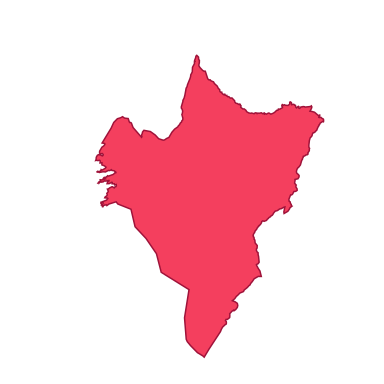 the district of Kwahu Afram Plains South, Eastern, Ghana, rotated 31°
{"feature_id": "2480657B87039075961323", "entity_name": "Kwahu Afram Plains South", "entity_type": "district", "adm_level": 2, "iso_a3": "GHA", "parent_name": "Ghana", "parent_adm1": "Eastern", "projection": "equal_earth", "projection_center": [-0.455, 6.878], "detail": "fine", "context": "isolated", "style": "filled", "palette": "rose", "viewbox_px": 384, "rotation_deg": 31, "n_neighbors": 0, "source": "geoboundaries", "source_scale": "gbopen_adm2", "svg_char_len": 5969}
<svg xmlns="http://www.w3.org/2000/svg" viewBox="0 0 384 384"><g transform="rotate(31 192 192)"><path d="M244.6,60.9L243.1,61.6L242.6,62.3L241.6,62.9L241.4,64.3L241.0,65.0L240.1,65.0L239.6,64.2L239.6,63.8L239.0,63.8L238.2,66.1L237.4,65.9L236.0,64.4L235.2,64.8L234.5,64.4L233.9,64.5L232.5,65.8L231.3,64.3L230.1,64.0L229.5,64.7L230.5,66.3L229.8,68.3L227.5,69.5L226.3,69.6L225.7,70.6L224.5,70.4L224.3,70.6L224.6,72.0L225.6,72.4L226.1,73.1L224.6,75.8L223.3,76.4L223.5,77.7L222.5,78.4L221.9,80.8L221.2,82.4L219.7,84.4L219.4,84.7L217.7,84.6L216.8,85.0L215.6,87.0L214.1,87.1L214.0,88.0L213.6,88.0L213.1,87.2L212.1,88.5L210.6,88.4L209.3,89.7L207.3,90.8L207.3,91.3L206.4,91.1L205.4,91.6L204.9,92.9L202.4,93.6L202.0,94.2L199.9,95.0L197.4,95.0L196.2,94.2L193.9,93.9L192.9,94.6L190.1,94.3L189.7,92.9L188.8,92.8L188.3,92.0L187.5,92.1L187.2,92.7L186.6,93.0L185.7,92.7L183.8,93.3L182.3,92.8L181.5,91.8L177.8,90.8L176.5,91.8L174.4,91.3L173.6,91.9L172.7,91.8L172.1,91.3L171.9,91.6L170.6,91.9L170.0,91.4L169.6,92.0L169.3,91.6L168.6,92.2L167.9,92.2L166.8,91.9L166.1,91.1L165.1,91.7L164.1,91.4L162.9,89.9L161.3,89.7L159.0,88.2L155.4,87.5L153.7,86.5L151.2,86.9L149.7,86.5L149.0,87.1L147.9,87.1L146.9,86.6L141.4,81.8L140.9,81.6L140.2,82.3L138.5,82.3L135.0,81.3L133.4,80.6L132.5,79.8L131.7,77.4L130.5,75.3L129.4,74.9L128.1,73.0L125.7,72.4L125.4,73.5L126.0,75.2L126.5,78.0L127.3,78.5L126.9,78.9L128.0,80.8L128.2,84.8L130.4,89.0L130.6,92.3L131.2,93.4L131.8,95.5L132.9,102.5L133.5,104.2L133.5,106.0L136.0,112.6L136.9,115.7L137.0,118.1L137.5,118.9L139.0,124.6L139.8,125.7L140.8,126.1L142.3,127.4L143.2,129.5L143.4,130.8L146.2,133.5L146.9,135.0L146.6,136.5L147.0,137.5L146.5,138.8L146.6,140.9L146.2,142.3L146.3,143.4L144.7,147.1L144.0,151.2L144.1,157.1L142.6,159.3L141.7,161.4L140.7,162.4L136.0,163.5L131.2,162.1L125.2,161.6L119.0,163.9L118.7,166.1L119.2,167.4L119.4,168.9L120.1,170.2L120.6,170.4L120.6,171.1L108.3,167.1L104.5,164.1L103.6,164.0L102.8,164.5L102.0,164.1L99.5,161.9L96.1,163.4L93.7,163.2L92.6,165.1L90.3,167.6L89.1,172.7L89.8,179.0L89.7,196.3L92.2,195.4L92.8,196.2L92.6,198.0L91.7,200.0L91.8,204.6L92.7,206.3L93.7,206.6L95.2,205.2L96.6,205.6L96.9,206.5L96.7,207.1L96.1,207.3L94.5,207.4L92.6,208.2L92.0,209.3L92.0,211.0L92.2,211.9L93.0,213.4L93.2,214.6L93.8,214.0L95.1,213.6L96.5,212.4L97.4,212.7L98.2,214.5L99.7,213.3L100.8,215.2L103.5,214.7L105.5,215.0L105.5,216.2L103.9,219.1L103.3,219.7L102.6,219.6L102.8,220.4L102.5,221.7L101.0,222.8L100.5,222.8L100.2,223.7L100.4,223.8L102.0,222.9L102.5,223.0L105.3,220.5L107.5,219.4L109.2,216.6L110.5,216.0L111.4,214.4L112.2,214.8L114.3,213.9L115.1,214.0L115.8,214.5L116.2,214.1L116.7,214.4L116.8,214.7L116.0,215.5L115.5,217.4L112.2,221.4L111.3,221.5L111.3,222.6L110.7,222.9L110.7,223.8L110.4,224.3L109.6,224.4L109.2,224.8L109.0,225.9L110.8,225.6L108.6,228.0L107.0,228.8L107.7,229.7L107.5,230.6L106.9,231.6L106.9,232.5L107.3,232.1L107.7,232.4L107.8,231.5L108.6,230.1L109.1,230.3L110.6,229.1L111.4,227.4L112.5,227.1L114.8,224.8L115.0,224.9L115.1,225.5L114.4,226.3L114.9,228.6L116.6,227.6L118.3,224.9L118.7,224.9L119.3,226.1L121.2,225.0L122.0,225.8L123.2,224.6L123.8,225.4L124.1,226.4L123.2,227.5L123.3,228.4L122.6,228.6L121.3,228.4L120.6,228.8L119.3,230.9L118.7,232.5L118.0,233.1L119.8,234.4L120.0,235.0L119.7,237.1L120.9,238.1L120.9,239.1L120.1,241.0L120.2,241.9L122.8,240.7L123.2,240.9L122.9,243.1L120.5,246.1L121.0,246.5L120.8,247.0L121.0,247.1L119.4,247.3L119.2,247.6L119.7,248.6L121.4,248.9L121.0,249.5L121.1,249.9L122.2,249.6L122.7,250.7L123.2,250.6L123.2,249.1L123.7,248.4L125.2,247.1L126.0,247.5L127.0,245.1L132.0,239.5L134.6,240.5L148.6,238.2L161.1,251.1L176.5,255.5L193.3,263.2L207.0,276.7L239.7,277.2L250.4,303.7L262.9,321.2L265.0,322.7L269.8,324.4L279.4,326.9L285.6,326.9L287.5,327.3L287.5,317.9L288.3,297.0L287.9,294.6L287.8,292.1L288.8,288.5L289.3,287.8L289.2,287.1L288.6,286.0L288.1,285.4L286.9,285.0L286.8,283.7L288.0,282.9L288.9,280.5L288.8,279.6L288.1,278.8L287.9,278.0L287.0,277.0L287.7,273.5L288.6,271.7L289.2,272.1L290.0,270.3L290.3,267.6L289.7,265.7L288.2,264.1L285.5,263.9L282.6,264.4L283.6,261.4L283.8,258.3L284.2,257.6L285.1,253.9L287.3,251.0L287.4,250.3L287.2,249.2L288.6,245.4L289.1,242.8L289.6,241.8L289.4,240.3L289.8,237.8L290.0,234.3L292.3,230.2L294.9,228.7L290.9,224.7L288.7,223.7L285.1,221.6L284.6,221.0L285.6,219.4L285.7,217.6L282.3,213.0L280.9,211.6L279.9,210.0L278.6,209.8L277.2,208.8L276.5,207.4L276.7,206.6L275.5,204.3L272.3,203.1L270.6,200.8L269.4,200.4L269.1,199.6L268.4,198.9L267.6,198.8L267.3,198.1L266.7,197.7L266.5,196.8L266.4,195.2L266.6,194.7L266.2,193.1L266.6,190.5L266.4,189.4L266.6,188.6L266.6,187.1L267.0,186.4L266.8,186.1L267.2,185.4L267.4,184.3L267.4,182.5L267.0,181.4L267.6,180.2L268.9,180.0L270.5,178.0L270.6,176.5L271.1,175.3L271.0,174.9L271.4,173.7L272.0,172.9L272.1,171.6L272.7,170.8L272.9,169.6L272.8,168.0L273.2,165.5L274.5,164.3L275.0,163.5L275.8,161.5L277.2,160.2L278.4,158.0L279.3,157.0L281.0,161.8L282.0,163.0L284.1,159.2L284.3,156.3L284.1,155.1L285.0,152.6L284.3,152.6L283.4,151.5L282.5,151.2L281.0,149.8L280.1,149.9L278.8,148.4L278.0,143.7L278.9,143.2L279.3,142.0L279.1,139.1L280.6,138.0L281.3,136.5L280.5,135.2L278.5,134.2L277.8,133.0L277.8,132.4L275.4,131.6L274.2,128.6L273.8,128.2L276.0,126.1L276.0,124.0L275.4,122.8L274.2,122.2L272.3,122.0L271.1,121.0L270.3,118.8L270.3,116.7L270.7,115.7L271.0,113.0L269.7,108.2L269.9,107.3L269.4,106.3L269.5,105.2L269.0,104.1L270.0,103.1L270.6,101.6L271.7,100.6L271.9,99.8L271.4,98.9L271.2,98.9L271.3,96.2L270.6,95.1L270.3,94.0L269.2,93.5L268.0,91.6L266.1,87.4L265.4,84.8L265.9,82.7L265.8,81.6L265.3,80.2L265.4,78.7L265.9,78.5L266.6,77.1L266.8,75.5L267.1,75.0L266.7,72.6L266.5,70.5L266.7,69.8L266.3,69.3L266.6,68.4L266.4,67.0L267.7,64.2L268.5,64.1L268.3,63.4L267.3,62.0L266.8,61.8L265.2,61.9L263.9,61.6L262.7,62.7L262.2,62.7L262.0,61.8L262.2,60.8L261.8,60.3L261.0,61.4L256.0,60.5L253.3,61.2L251.5,62.0L251.4,59.0L251.0,57.9L251.0,57.4L249.9,56.7L249.5,57.7L245.2,61.0L244.6,60.9Z" fill="#f43f5e" stroke="#9f1239" stroke-width="1.5"/></g></svg>